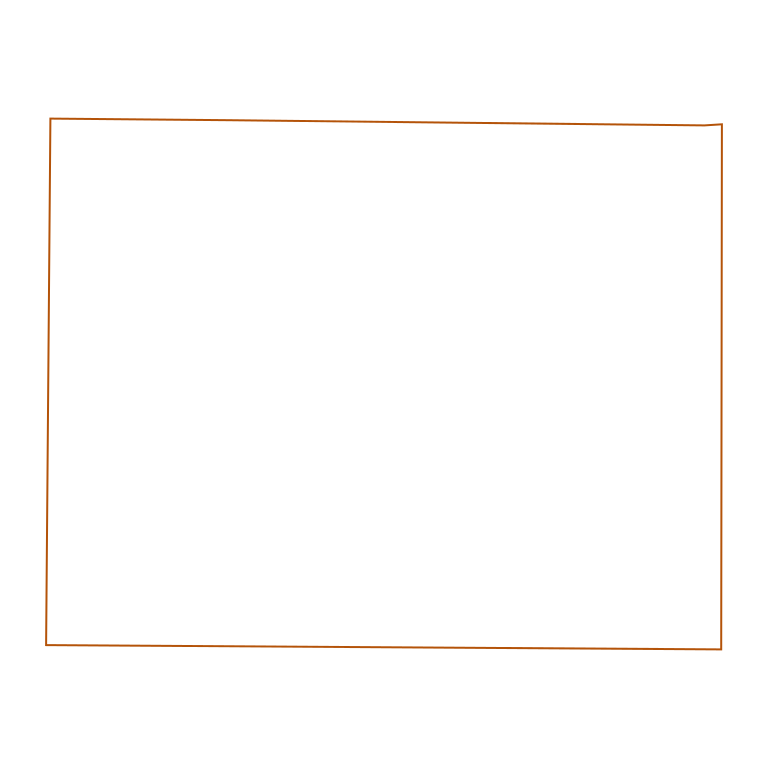 Coke, Texas, United States of America
{"feature_id": "52423323B55584027344898", "entity_name": "Coke", "entity_type": "district", "adm_level": 2, "iso_a3": "USA", "parent_name": "United States of America", "parent_adm1": "Texas", "projection": "mercator", "projection_center": [-100.528, 31.89], "detail": "fine", "context": "isolated", "style": "outline", "palette": "amber", "viewbox_px": 768, "rotation_deg": 0, "n_neighbors": 0, "source": "geoboundaries", "source_scale": "gbopen_adm2", "svg_char_len": 209}
<svg xmlns="http://www.w3.org/2000/svg" viewBox="0 0 768 768"><path d="M229.3,120.2L50.4,118.6L46.1,645.1L721.2,649.4L721.9,124.3L704.5,125.4L229.3,120.2Z" fill="none" stroke="#b45309" stroke-width="2"/></svg>